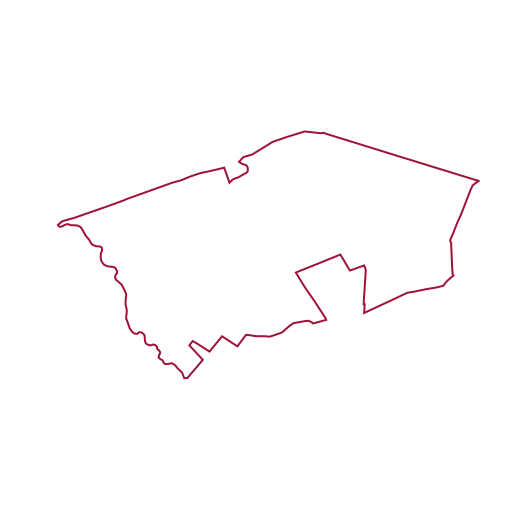 Zarand, Arad, Romania (Robinson projection), rotated 193°
{"feature_id": "2599482B71150188153613", "entity_name": "Zarand", "entity_type": "district", "adm_level": 2, "iso_a3": "ROU", "parent_name": "Romania", "parent_adm1": "Arad", "projection": "robinson", "projection_center": [21.561, 46.439], "detail": "fine", "context": "isolated", "style": "outline", "palette": "rose", "viewbox_px": 512, "rotation_deg": 193, "n_neighbors": 0, "source": "geoboundaries", "source_scale": "gbopen_adm2", "svg_char_len": 3208}
<svg xmlns="http://www.w3.org/2000/svg" viewBox="0 0 512 512"><g transform="rotate(193 256 256)"><path d="M456.0,241.8L455.6,241.3L455.0,240.8L454.1,240.4L453.2,240.5L452.3,240.9L451.3,241.4L450.0,242.7L448.0,244.2L446.4,244.7L444.1,244.5L442.4,244.4L441.0,244.9L437.9,245.4L436.3,245.5L434.2,245.0L433.2,244.6L430.7,242.2L428.5,239.6L426.0,237.0L423.5,235.3L422.1,234.2L421.0,232.9L419.2,230.9L417.6,230.1L416.1,229.9L414.5,229.6L413.2,229.6L411.1,230.1L409.8,230.0L408.7,229.8L408.0,229.1L407.5,227.8L407.3,226.4L407.8,223.4L407.4,221.9L407.1,220.2L406.4,217.8L405.3,216.2L404.2,214.9L402.0,213.3L400.4,213.0L398.7,212.6L396.7,212.7L393.1,213.2L391.1,213.0L389.7,212.0L388.2,210.3L387.8,209.0L387.5,208.0L388.0,207.0L388.4,206.5L388.6,205.0L388.5,203.4L387.9,202.5L387.1,201.4L384.9,200.3L380.8,198.1L380.3,197.6L378.5,195.7L377.4,194.1L376.2,193.0L375.3,191.7L374.1,189.8L373.5,187.9L373.3,185.5L373.1,183.5L372.8,182.4L372.5,180.5L371.8,178.6L370.4,175.8L369.8,174.0L369.4,172.9L369.0,169.6L368.8,167.4L368.4,166.4L368.3,165.4L367.7,164.8L365.4,161.4L364.5,159.9L363.7,158.7L363.0,157.4L360.1,154.6L358.4,153.7L357.3,153.1L355.2,153.3L354.2,153.4L353.6,154.2L352.7,155.4L351.1,155.8L350.0,155.6L347.9,154.6L346.7,153.4L345.9,151.1L345.5,149.5L344.5,147.1L343.6,146.2L342.2,145.4L340.4,145.2L338.8,145.1L337.3,146.0L336.0,146.7L334.3,146.6L331.9,145.1L331.3,143.1L329.4,142.3L327.9,140.9L327.5,139.6L327.9,138.8L328.2,137.9L328.1,137.7L327.9,137.5L328.2,135.4L327.3,134.6L326.1,134.1L323.5,133.3L322.2,131.4L321.2,130.8L320.2,130.2L317.5,131.1L313.7,132.6L310.3,131.4L308.2,129.8L307.4,129.1L302.0,125.9L298.4,120.8L295.2,121.8L293.2,126.1L290.5,131.1L287.1,137.8L284.6,142.5L284.5,142.9L300.8,153.9L298.5,158.9L293.4,157.3L279.8,152.4L271.0,170.1L253.8,163.8L248.0,176.9L244.8,177.4L239.9,177.7L236.3,178.2L229.5,179.8L225.0,180.4L223.4,181.1L219.0,183.8L213.5,187.3L212.9,188.2L207.4,195.7L204.4,198.9L200.4,200.7L196.7,202.3L193.1,203.8L190.3,204.7L186.8,204.0L185.2,203.1L173.3,209.5L174.5,211.3L189.0,225.3L200.8,236.0L205.4,240.6L213.4,248.8L212.9,249.2L210.7,250.8L193.3,262.9L174.1,276.4L161.3,263.0L159.0,264.4L153.7,267.8L148.5,271.1L146.0,267.4L145.3,263.6L143.5,252.7L141.1,238.0L140.2,233.2L139.3,233.4L138.3,228.0L137.8,224.8L123.4,236.1L116.4,241.5L102.6,252.4L100.5,254.1L93.1,257.2L84.2,261.3L72.3,266.3L68.0,268.5L66.8,269.2L66.1,270.7L64.4,274.3L61.7,278.1L59.2,281.4L59.8,282.0L60.4,282.7L62.3,289.0L68.9,312.8L70.2,314.3L70.3,315.4L69.7,319.0L69.0,322.6L67.2,334.6L65.5,343.1L64.7,348.3L63.9,354.2L62.9,361.1L61.9,368.3L60.8,373.5L58.1,376.8L56.0,379.2L56.3,379.3L59.7,379.5L63.7,379.8L72.2,380.4L147.2,385.8L213.1,390.7L217.9,391.2L220.6,390.2L236.6,388.3L253.9,378.2L264.7,371.4L265.4,371.0L282.5,354.1L290.6,349.5L293.7,343.9L290.5,342.7L289.1,342.4L287.8,342.5L286.6,342.4L285.0,341.6L283.8,339.9L283.3,337.8L283.2,336.9L283.6,335.7L284.0,334.9L286.9,332.4L290.4,329.2L291.5,328.2L293.9,326.8L296.0,325.1L297.1,323.5L298.4,321.4L299.6,323.5L306.9,334.9L313.8,331.4L320.8,328.0L329.1,324.1L337.9,318.7L345.9,313.0L354.7,308.2L379.4,292.3L395.0,282.3L396.1,281.3L412.7,270.5L442.0,252.1L450.8,247.3L452.6,246.2L456.0,241.8Z" fill="none" stroke="#9f1239" stroke-width="2"/></g></svg>